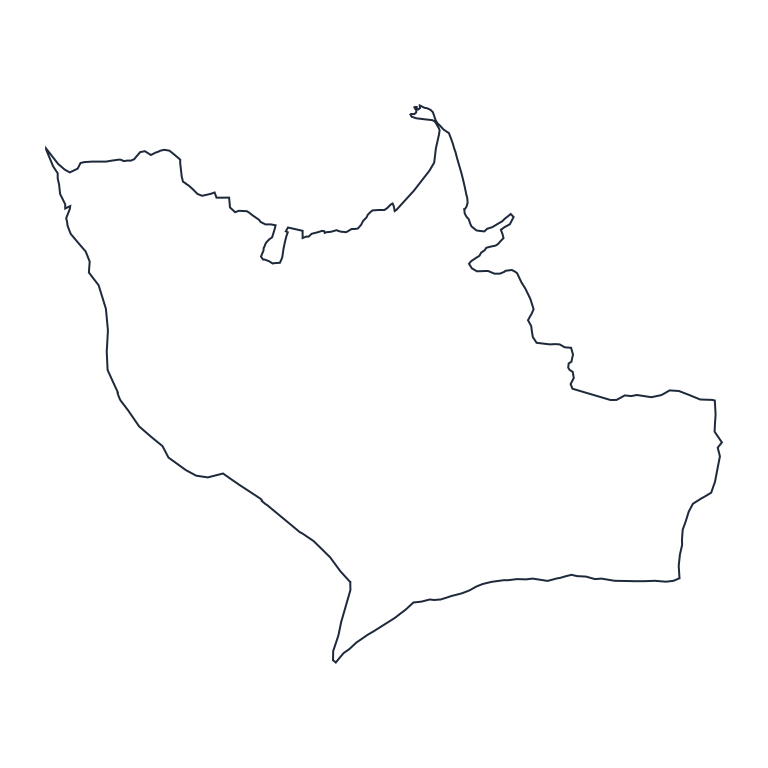 Musoma Urban, Mara, United Republic of Tanzania (Mercator projection)
{"feature_id": "72390352B68648514157418", "entity_name": "Musoma Urban", "entity_type": "district", "adm_level": 2, "iso_a3": "TZA", "parent_name": "United Republic of Tanzania", "parent_adm1": "Mara", "projection": "mercator", "projection_center": [33.795, -1.521], "detail": "fine", "context": "isolated", "style": "outline", "palette": "slate", "viewbox_px": 768, "rotation_deg": 0, "n_neighbors": 0, "source": "geoboundaries", "source_scale": "gbopen_adm2", "svg_char_len": 5702}
<svg xmlns="http://www.w3.org/2000/svg" viewBox="0 0 768 768"><path d="M721.9,442.4L714.6,431.7L714.8,426.7L715.6,414.5L714.8,400.5L712.1,399.9L700.2,399.5L689.5,395.1L678.9,391.0L669.6,390.4L667.7,391.5L663.9,393.7L661.3,395.1L651.4,397.2L636.9,395.0L631.2,396.1L624.8,395.4L616.6,399.9L613.4,400.0L610.5,400.0L572.7,388.8L572.5,388.7L570.6,384.1L573.8,378.0L572.7,371.9L569.5,369.8L568.2,367.6L568.7,363.4L571.4,361.8L573.0,354.5L572.3,352.1L571.1,347.8L564.7,347.3L559.7,344.4L554.9,344.1L550.1,344.4L544.8,343.8L536.6,342.8L532.8,337.0L532.0,332.1L531.8,330.6L531.2,326.1L528.0,320.2L529.9,316.7L531.5,314.0L533.6,309.2L531.2,301.6L530.4,299.0L525.4,288.7L521.4,282.3L517.1,273.2L515.0,271.6L511.8,270.0L505.4,270.8L504.4,271.8L499.8,273.7L494.5,273.7L488.1,271.0L484.2,271.0L483.6,271.1L477.0,271.3L471.9,268.4L469.0,263.8L469.1,263.7L470.9,261.4L471.7,260.8L475.6,258.2L475.9,258.0L479.4,255.8L481.2,252.6L484.7,250.2L486.2,247.9L486.3,247.8L490.3,246.7L495.6,245.6L498.0,244.0L500.9,240.8L503.5,238.1L502.7,234.8L502.5,234.1L500.9,229.8L504.6,227.1L509.9,224.2L513.6,217.0L510.7,214.0L507.8,216.4L504.9,218.6L502.2,221.3L497.7,223.9L492.4,227.1L487.1,228.8L484.4,231.4L479.4,230.9L476.4,230.4L474.3,228.7L471.4,226.3L470.1,223.4L468.7,219.1L466.6,216.9L464.7,213.5L464.6,212.2L464.2,209.1L465.0,208.9L466.5,206.7L467.6,202.8L467.3,198.2L466.4,194.8L465.2,189.1L464.3,184.9L462.8,178.6L461.3,172.7L456.9,157.6L455.5,152.1L454.2,148.5L452.9,143.9L451.3,139.3L448.9,133.1L443.6,129.6L440.2,125.8L437.4,123.2L435.5,120.0L434.4,116.6L432.9,112.2L430.6,109.9L427.0,108.2L424.5,107.8L422.1,106.6L419.8,105.5L419.8,106.7L420.0,108.1L418.1,109.5L416.8,108.9L416.7,107.0L415.6,106.9L414.4,107.3L415.1,108.6L416.4,110.5L416.1,112.5L414.3,114.1L411.0,114.0L410.4,114.5L411.6,116.7L416.4,118.3L426.4,119.5L432.1,120.1L434.5,121.2L436.1,123.3L437.0,125.0L438.9,128.2L439.6,130.3L439.0,134.5L435.9,148.3L434.2,162.6L429.5,170.6L413.8,190.8L396.3,210.0L394.7,211.0L394.3,208.9L393.6,205.7L392.6,203.5L390.8,204.5L387.2,208.1L384.4,210.0L378.7,210.0L372.5,210.4L370.2,212.3L367.8,214.7L366.4,217.6L363.1,220.9L361.2,224.7L357.9,228.5L354.9,229.0L351.6,229.0L349.9,230.0L347.7,231.4L345.9,232.2L343.0,231.8L341.4,231.8L338.5,231.0L336.7,230.2L334.3,230.8L331.0,231.8L326.5,232.2L324.7,232.9L324.3,231.2L322.0,230.9L317.2,232.4L311.6,233.8L308.7,236.6L306.4,236.6L304.1,237.4L302.6,238.0L302.6,230.8L288.0,227.5L285.8,231.3L287.8,232.3L286.4,236.1L285.0,241.7L283.6,248.3L282.2,257.6L279.9,262.8L276.3,263.0L274.4,263.2L272.9,263.3L272.6,263.5L269.2,261.3L265.1,259.7L263.0,259.5L261.2,256.9L261.0,256.5L263.5,250.5L263.7,247.9L264.5,246.6L265.3,244.2L266.4,242.3L269.2,239.4L272.1,237.3L274.2,230.7L275.6,225.3L271.0,224.4L265.4,224.4L260.7,222.0L258.9,219.7L252.8,215.5L249.1,212.6L246.8,211.2L238.9,210.8L235.1,212.2L234.1,211.2L230.0,207.5L229.5,201.9L229.1,197.6L220.7,197.7L216.5,197.7L216.4,197.3L214.6,192.5L210.5,193.9L202.1,195.8L197.4,193.9L197.0,193.5L192.8,189.2L188.6,185.5L185.6,183.5L185.6,183.3L183.0,181.7L181.7,176.5L181.2,171.8L180.2,163.4L180.2,159.6L174.2,154.5L169.5,150.7L164.4,149.8L160.2,150.7L158.4,151.7L155.6,152.6L150.9,155.0L144.9,151.2L140.2,152.1L136.5,156.4L134.2,159.2L130.9,160.6L127.2,160.6L123.9,161.1L121.6,160.1L120.6,159.7L118.3,159.7L111.3,160.7L106.1,161.6L99.2,161.6L92.2,161.6L84.3,162.1L80.5,163.0L77.7,168.6L69.8,172.4L64.7,169.6L58.2,164.0L46.1,148.5L46.1,149.4L53.1,166.3L57.7,173.3L57.7,178.5L59.1,184.6L60.1,194.0L62.9,199.6L65.2,204.3L65.2,208.5L68.1,207.1L70.2,206.1L69.8,209.0L69.3,210.3L68.4,212.6L66.2,218.1L67.1,222.1L67.6,225.9L70.7,233.9L79.2,244.0L85.6,251.4L86.6,253.8L86.8,254.2L87.1,255.0L87.5,256.0L87.8,256.9L89.7,261.6L89.1,269.2L89.1,269.8L88.9,272.6L89.8,273.7L91.5,276.0L98.6,285.2L101.9,295.8L105.9,308.8L107.3,323.8L107.3,324.2L107.5,325.7L107.8,329.1L107.9,330.9L107.4,340.1L107.0,347.4L106.7,351.2L107.6,370.0L112.9,381.7L117.9,392.5L117.5,393.1L119.1,397.4L119.5,398.3L119.7,398.9L120.8,400.8L128.2,410.5L139.1,426.4L151.1,436.8L154.4,439.5L162.5,446.1L168.5,457.6L186.0,470.2L195.7,475.4L196.1,475.6L196.3,475.7L207.8,477.4L216.4,475.2L223.0,473.5L232.0,479.8L238.8,484.5L260.6,498.8L261.1,499.3L262.1,500.5L261.8,501.0L264.2,503.0L264.5,503.2L265.5,504.1L266.9,504.9L300.0,532.3L301.3,532.9L301.5,532.9L313.5,541.0L319.4,546.7L319.8,547.1L320.0,547.3L322.2,549.5L330.1,557.3L332.4,560.4L340.4,571.3L350.1,581.9L350.2,582.0L350.3,582.0L350.3,582.6L350.3,584.9L350.4,588.0L350.4,590.1L344.6,610.2L341.0,622.6L340.9,623.4L338.6,634.5L338.5,635.1L336.2,642.1L333.2,651.0L333.0,660.2L335.5,662.2L335.8,662.5L338.9,658.7L339.7,657.7L343.6,653.1L348.8,649.5L348.9,649.4L349.1,649.3L356.2,642.7L367.3,635.0L369.0,634.0L374.1,631.0L395.0,617.8L399.6,614.2L405.3,609.9L406.0,609.3L413.4,602.5L419.9,601.8L422.0,601.5L425.4,600.6L429.8,599.5L431.7,599.7L434.1,600.0L440.2,599.5L440.6,599.5L447.9,597.2L451.7,595.9L454.7,595.2L461.6,593.4L467.7,591.1L469.6,590.3L476.4,586.5L481.7,584.4L482.7,584.0L491.0,582.0L492.6,581.7L503.7,580.2L508.0,580.2L517.0,579.1L524.0,579.3L525.9,579.4L529.9,578.9L532.7,578.6L547.5,580.9L554.1,579.2L556.1,578.6L557.1,578.4L560.1,577.9L566.2,576.1L569.2,575.4L571.5,574.8L573.5,575.3L577.0,576.1L586.1,576.6L594.9,579.1L601.5,578.6L614.6,580.8L631.1,581.1L633.9,581.2L643.9,581.2L654.7,580.8L666.1,581.7L673.5,580.8L679.1,578.4L679.5,578.3L678.8,567.2L678.7,566.1L679.9,554.7L682.1,545.0L682.1,543.7L682.0,540.8L682.0,539.7L682.7,529.7L685.7,521.4L688.4,512.7L688.6,512.0L688.7,511.7L692.5,504.6L693.0,503.7L701.9,498.1L702.4,497.9L711.2,492.7L713.5,486.0L715.0,481.8L715.0,481.7L717.6,468.2L717.9,466.6L719.6,458.0L719.9,456.4L719.3,453.9L717.7,447.7L721.9,442.4Z" fill="none" stroke="#1e293b" stroke-width="2"/></svg>